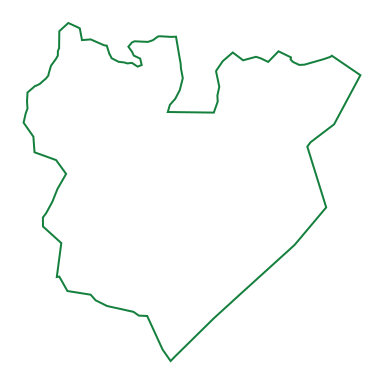 outline of Boki, Cross River, Nigeria
{"feature_id": "59680162B37931278966472", "entity_name": "Boki", "entity_type": "district", "adm_level": 2, "iso_a3": "NGA", "parent_name": "Nigeria", "parent_adm1": "Cross River", "projection": "orthographic", "projection_center": [8.95, 6.249], "detail": "fine", "context": "isolated", "style": "outline", "palette": "green", "viewbox_px": 384, "rotation_deg": 0, "n_neighbors": 0, "source": "geoboundaries", "source_scale": "gbopen_adm2", "svg_char_len": 1336}
<svg xmlns="http://www.w3.org/2000/svg" viewBox="0 0 384 384"><path d="M67.4,291.0L90.7,294.7L95.6,300.3L107.0,306.0L133.6,311.9L138.8,315.6L147.2,316.0L162.6,349.6L170.6,361.0L175.2,356.3L213.5,318.6L241.0,293.5L293.4,246.0L294.7,244.8L326.2,207.4L307.3,146.6L310.6,142.2L334.1,124.3L360.4,75.2L331.8,55.7L330.3,56.9L323.9,59.1L304.3,64.7L299.2,64.9L292.9,61.9L290.6,59.5L291.0,57.4L278.5,51.3L268.2,61.9L260.7,58.3L256.0,56.8L243.1,60.3L232.8,52.5L222.8,61.1L216.3,70.6L216.1,71.6L219.3,86.8L217.4,95.5L217.7,101.6L213.8,112.6L167.8,112.0L169.9,104.8L175.2,98.9L179.8,90.1L182.8,78.1L180.9,68.2L180.7,64.1L179.9,59.2L180.0,60.2L176.0,36.7L171.2,36.9L160.9,36.3L158.1,36.4L152.9,40.2L147.9,41.9L134.5,41.3L131.9,42.5L128.4,46.7L132.0,51.7L133.8,55.6L140.2,58.6L141.7,65.0L137.6,66.6L131.9,62.9L127.2,63.4L124.5,62.5L118.6,61.8L111.6,58.2L109.9,54.6L109.5,54.4L106.8,45.7L103.9,45.2L90.7,39.4L82.0,40.1L79.8,28.4L78.4,27.6L68.3,23.0L59.3,31.2L59.1,48.3L57.9,50.9L57.8,55.7L55.9,59.0L51.0,65.7L48.5,74.3L48.5,75.2L48.1,75.9L45.7,78.8L42.8,81.2L40.1,83.7L36.3,85.7L35.3,85.8L27.5,92.5L27.0,101.7L27.5,108.5L25.7,113.4L23.6,122.7L33.4,136.7L34.5,152.3L56.1,160.1L66.1,173.9L57.4,189.1L52.3,201.9L46.0,213.4L42.9,217.5L43.0,226.5L61.3,243.1L56.8,277.0L59.3,276.6L67.4,291.0L67.4,291.0Z" fill="none" stroke="#15803d" stroke-width="2"/></svg>